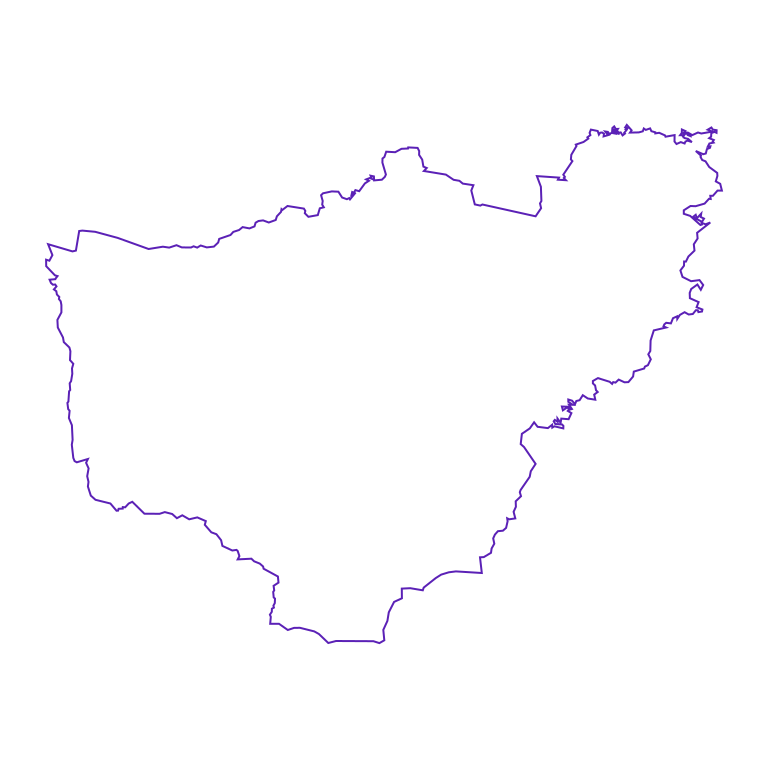 the district of Suciu De Sus, Maramures, Romania
{"feature_id": "2599482B58467400013366", "entity_name": "Suciu De Sus", "entity_type": "district", "adm_level": 2, "iso_a3": "ROU", "parent_name": "Romania", "parent_adm1": "Maramures", "projection": "robinson", "projection_center": [24.066, 47.421], "detail": "fine", "context": "isolated", "style": "outline", "palette": "violet", "viewbox_px": 768, "rotation_deg": 0, "n_neighbors": 0, "source": "geoboundaries", "source_scale": "gbopen_adm2", "svg_char_len": 6067}
<svg xmlns="http://www.w3.org/2000/svg" viewBox="0 0 768 768"><path d="M336.0,641.0L373.4,641.2L379.4,643.1L384.3,640.3L383.3,629.9L387.4,620.9L388.8,612.3L394.1,601.9L401.9,598.3L401.8,588.6L410.3,588.2L422.8,590.3L423.7,587.6L435.7,578.1L441.2,574.6L448.8,572.3L455.9,571.4L481.8,573.0L480.0,557.3L483.8,557.1L491.0,552.8L491.6,548.5L494.3,543.7L493.2,538.4L494.9,534.6L497.9,531.2L502.9,530.7L506.1,527.9L507.6,521.3L507.2,518.3L509.2,519.3L515.3,518.4L513.6,511.8L515.9,506.8L515.7,501.3L521.0,496.2L519.8,492.2L520.6,490.0L529.7,476.8L530.8,471.2L535.6,463.9L524.0,447.0L520.7,444.1L521.9,433.8L529.8,428.4L534.1,422.3L537.6,426.8L547.9,428.1L552.1,424.8L552.3,427.6L554.4,426.3L563.3,428.4L563.4,425.9L562.1,424.5L555.3,424.0L553.7,421.3L554.8,419.9L557.6,421.8L557.5,418.5L560.6,422.8L561.3,418.6L568.6,419.2L571.4,413.1L567.8,410.9L569.1,409.4L567.3,407.3L562.9,410.3L561.9,406.5L569.2,406.8L570.1,409.5L571.9,409.0L569.0,404.7L572.8,404.8L568.3,401.8L568.3,399.5L572.1,400.7L575.0,404.2L576.3,401.0L579.6,400.2L582.8,395.2L587.8,398.5L595.3,399.7L594.2,394.6L597.7,392.0L596.0,390.2L595.1,385.5L592.9,383.4L592.9,381.0L597.9,378.1L609.7,381.8L612.1,383.9L613.2,382.1L615.5,382.6L618.7,379.6L624.5,382.3L628.4,382.1L633.1,376.5L633.8,371.6L644.2,368.5L644.9,366.6L647.9,365.2L650.8,359.3L648.3,354.3L650.3,351.0L650.6,340.5L653.8,330.4L666.1,327.5L663.5,326.3L664.3,324.4L666.2,322.8L670.9,323.4L673.0,318.2L677.2,316.3L677.3,318.9L679.9,314.9L684.6,312.2L688.7,314.5L692.8,314.0L695.9,310.2L697.8,310.3L698.4,312.1L702.0,311.5L702.4,309.5L696.6,307.2L698.6,302.1L689.9,298.2L689.7,292.9L691.2,289.0L697.4,284.5L700.8,289.8L703.2,285.0L699.5,280.1L691.1,281.2L682.5,276.9L680.4,270.4L684.0,265.7L684.1,261.5L685.9,261.6L688.4,256.5L694.5,250.6L693.8,244.3L697.6,238.5L697.1,232.8L710.3,222.5L705.5,224.3L702.4,223.1L701.9,222.0L704.0,218.6L700.7,217.0L701.2,213.6L696.8,218.3L695.7,214.8L692.9,217.0L701.2,221.4L701.9,224.5L700.4,225.0L690.2,215.9L683.8,213.8L683.8,210.3L690.5,206.0L695.6,206.2L704.6,203.6L709.0,198.8L710.7,199.0L710.3,195.8L712.9,195.8L717.5,190.6L721.9,190.6L720.2,183.8L715.8,181.4L717.4,175.9L717.2,172.9L709.2,167.0L705.5,161.3L702.2,160.0L700.5,156.9L701.0,155.7L695.8,151.0L703.2,154.2L705.8,153.5L706.9,149.1L710.0,147.8L710.4,146.3L707.8,146.6L709.4,143.5L713.6,142.6L712.7,141.6L713.8,140.0L709.2,138.2L711.1,136.7L711.3,133.1L714.5,131.9L716.5,132.8L716.6,130.2L712.8,129.6L711.4,127.5L707.7,129.7L712.3,131.6L701.3,133.5L698.0,132.5L692.3,135.1L687.2,132.2L688.5,134.3L690.6,134.8L690.7,136.2L687.7,135.0L686.2,132.8L683.5,135.8L683.5,133.0L685.3,131.0L681.9,129.5L681.8,132.9L680.1,135.2L682.0,135.2L684.4,138.0L688.1,138.9L691.9,142.1L687.5,140.6L685.4,141.6L684.6,143.5L680.8,142.1L676.5,144.0L674.5,141.5L674.6,135.1L665.5,136.7L665.0,135.4L659.2,132.8L655.3,133.4L655.3,132.3L651.4,131.2L650.1,128.4L645.8,129.9L643.8,128.5L642.8,131.3L638.8,132.4L630.0,132.6L631.6,130.3L626.8,124.9L625.2,127.4L627.5,128.2L625.8,129.3L626.7,129.8L624.2,132.9L624.9,133.6L622.6,135.4L620.7,132.4L618.9,132.6L618.8,134.5L617.3,131.1L616.1,131.8L617.5,131.8L616.5,133.8L613.8,133.3L614.8,131.4L612.8,131.4L613.3,129.4L616.8,130.5L617.9,128.9L615.8,129.0L614.2,126.4L612.4,128.0L612.0,132.9L609.5,133.7L610.0,135.3L607.9,131.9L605.2,131.5L608.1,135.1L603.6,136.4L604.0,133.7L602.1,132.5L600.2,132.7L598.9,134.6L597.7,131.0L590.9,129.6L589.6,132.9L590.4,135.1L587.4,137.3L588.3,138.6L583.5,142.0L575.8,144.6L576.5,146.0L571.3,154.8L570.9,159.4L572.4,161.1L563.3,174.7L564.9,176.9L563.8,178.0L565.9,180.2L557.9,179.7L559.0,177.6L536.9,176.1L540.9,186.8L541.4,201.0L540.0,203.4L541.1,208.2L535.6,216.3L482.4,204.5L480.3,205.6L474.8,204.4L471.3,190.5L473.4,185.2L462.8,183.6L459.4,180.8L453.6,179.8L445.9,174.6L423.9,171.0L426.7,168.0L423.4,166.6L422.2,159.6L419.1,154.9L419.2,151.1L417.6,147.9L408.2,147.4L408.0,148.5L401.5,148.8L395.2,152.2L386.2,151.7L384.4,157.0L382.5,158.5L382.4,162.6L385.9,174.5L384.9,176.8L381.9,179.7L374.1,180.4L373.9,176.4L370.6,175.7L372.0,178.9L369.8,178.0L366.2,179.4L368.9,180.8L364.9,183.4L359.2,191.2L355.4,190.1L353.9,192.7L352.2,192.0L351.5,195.0L355.6,192.6L350.0,199.4L349.2,198.1L346.9,199.2L342.1,197.5L338.4,191.7L331.8,191.4L323.0,193.3L321.1,195.2L322.7,201.0L322.2,204.6L323.8,207.3L319.8,208.3L317.8,215.1L308.4,216.8L304.8,213.2L305.3,210.9L303.9,208.6L287.5,206.0L282.3,210.0L281.5,209.2L281.0,211.9L276.9,216.3L275.7,220.0L268.8,222.5L263.1,220.4L258.5,221.0L255.6,222.7L254.5,226.4L249.5,228.4L242.6,227.1L239.1,230.0L233.3,231.9L230.5,235.0L219.2,238.9L218.2,242.5L213.9,246.6L206.8,247.4L200.7,245.5L197.2,247.6L193.6,246.3L191.0,247.5L181.8,247.4L176.5,245.2L169.2,247.6L162.9,246.7L148.6,249.0L117.7,237.9L95.2,231.8L82.4,230.6L79.2,231.0L75.9,250.6L72.5,251.4L48.1,244.2L52.4,255.1L49.4,260.7L46.1,259.7L46.2,266.2L54.9,275.3L57.5,276.1L55.4,278.8L56.1,279.1L49.6,279.7L51.0,283.0L52.9,284.7L55.2,284.5L56.5,286.4L53.9,289.4L56.3,291.2L56.9,294.5L59.3,297.0L58.9,299.0L60.7,301.3L61.4,305.0L61.4,312.4L57.4,319.9L57.8,327.5L63.0,337.5L63.8,342.1L69.4,347.5L70.4,351.2L70.0,360.1L73.3,363.8L72.0,368.4L72.3,373.8L71.1,381.1L69.7,383.3L70.2,390.0L69.1,391.3L68.4,401.6L67.4,402.9L68.2,409.1L69.6,410.8L68.9,418.0L71.9,425.2L72.6,439.9L71.8,444.7L73.3,457.9L74.6,461.1L76.8,462.3L87.9,459.0L86.1,462.8L88.6,468.4L87.2,476.2L88.5,481.9L87.9,486.5L90.8,495.6L95.5,499.8L110.4,503.5L116.5,510.7L118.1,510.6L118.6,508.8L122.7,508.6L122.8,507.1L125.2,507.3L128.7,503.5L132.3,501.8L144.4,513.7L159.6,513.8L164.8,512.1L172.2,514.0L176.9,518.2L182.3,515.3L189.2,519.3L197.3,517.4L205.8,521.1L204.8,524.8L211.3,532.3L216.4,534.2L221.1,540.2L222.4,545.9L232.3,550.5L236.5,549.9L237.7,551.0L239.4,556.1L237.7,559.4L251.4,558.7L254.1,561.3L259.8,563.6L263.1,566.5L263.6,568.7L277.9,576.5L278.5,582.6L273.6,585.8L274.2,590.4L273.2,591.9L273.7,597.4L275.0,598.6L274.8,603.1L273.4,605.7L273.9,607.6L271.9,608.7L271.8,611.8L269.9,614.7L270.8,616.8L270.2,623.8L279.0,623.8L287.8,630.0L294.0,627.9L299.9,627.8L314.3,631.4L318.9,634.0L328.3,643.0L336.0,641.0Z" fill="none" stroke="#5b21b6" stroke-width="2"/></svg>